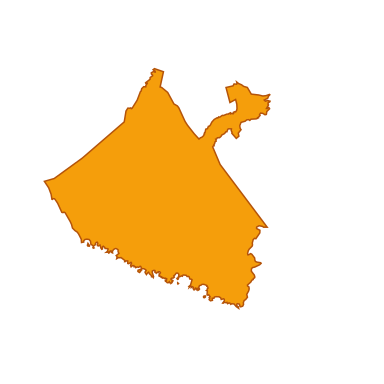 outline of Santa María Huatulco, Oaxaca, Mexico, rotated 55°
{"feature_id": "50627088B35092187555669", "entity_name": "Santa María Huatulco", "entity_type": "district", "adm_level": 2, "iso_a3": "MEX", "parent_name": "Mexico", "parent_adm1": "Oaxaca", "projection": "robinson", "projection_center": [-96.169, 15.822], "detail": "fine", "context": "isolated", "style": "filled", "palette": "amber", "viewbox_px": 384, "rotation_deg": 55, "n_neighbors": 0, "source": "geoboundaries", "source_scale": "gbopen_adm2", "svg_char_len": 6097}
<svg xmlns="http://www.w3.org/2000/svg" viewBox="0 0 384 384"><g transform="rotate(55 192 192)"><path d="M156.5,72.6L155.5,76.2L154.0,78.9L150.8,81.7L145.8,87.3L138.1,86.7L135.1,89.1L132.6,89.9L129.9,91.6L127.5,92.3L128.8,92.8L129.3,93.6L127.6,95.6L128.6,97.5L125.9,104.2L140.5,109.6L141.2,103.2L145.9,105.0L149.5,107.3L150.7,108.6L151.4,110.3L150.8,110.8L150.5,112.3L151.2,112.5L151.5,113.6L150.6,114.0L149.9,116.3L149.7,115.0L149.2,115.0L148.9,116.9L149.1,117.4L148.2,118.7L147.4,122.3L146.6,123.2L146.6,126.1L146.4,126.7L145.8,127.0L146.2,128.4L145.6,128.8L145.3,132.2L146.1,135.6L147.8,138.8L148.0,140.1L147.6,140.9L149.0,143.0L148.4,144.7L150.6,147.0L150.5,147.6L151.6,148.4L151.4,148.8L152.5,150.0L152.8,152.5L152.4,154.0L152.6,155.9L145.6,156.8L134.6,157.4L130.1,157.2L115.4,154.5L113.1,154.6L109.5,156.3L96.5,154.8L88.9,156.9L87.7,157.9L77.1,146.4L69.4,152.0L69.5,153.7L71.9,152.9L72.7,153.3L72.5,153.7L71.3,153.9L71.0,157.0L72.1,157.6L73.4,157.2L74.2,157.6L74.2,160.6L75.6,161.7L75.9,167.4L76.4,167.5L76.9,166.2L77.4,166.3L78.1,168.5L79.3,169.5L78.0,171.2L78.5,174.0L80.1,175.7L80.2,176.7L85.3,184.2L89.1,193.1L88.9,193.9L88.0,193.9L87.6,195.1L86.5,196.4L87.8,199.6L95.7,207.3L101.3,262.4L101.9,297.2L98.6,306.8L106.4,307.0L113.0,308.7L117.6,310.9L118.0,310.6L117.7,309.7L118.6,308.6L119.6,308.4L124.1,308.5L134.0,310.3L134.9,309.5L135.1,308.4L136.2,307.8L146.2,308.7L149.5,309.3L153.0,310.6L156.5,310.0L159.1,309.0L161.5,309.0L167.1,309.8L170.0,311.5L170.9,309.4L169.9,308.7L169.5,307.0L170.3,305.2L171.9,303.5L174.1,303.4L176.8,304.8L179.9,303.6L179.7,301.3L178.7,300.5L178.4,299.2L178.9,298.3L180.1,298.6L180.9,299.8L181.7,300.2L182.5,299.6L182.7,297.8L185.7,298.8L187.2,298.8L187.3,298.1L185.5,296.7L185.5,295.8L187.4,295.3L188.4,295.6L190.2,293.4L190.8,293.6L192.1,295.4L192.2,296.8L193.2,295.2L194.3,295.2L194.3,294.5L193.4,294.3L193.7,292.1L194.5,292.0L195.1,292.7L196.3,292.0L195.1,291.4L194.2,289.5L194.2,287.9L194.6,286.8L195.3,286.3L197.0,285.7L198.5,286.8L200.4,287.1L200.6,290.6L202.1,290.5L203.4,291.9L203.6,289.9L204.7,288.6L204.9,287.8L209.6,286.3L210.4,287.1L210.8,286.3L210.6,285.6L211.5,284.2L213.7,285.6L214.4,285.0L214.6,282.3L215.6,282.3L216.8,284.4L218.4,284.8L218.2,282.8L219.0,281.8L220.0,282.4L220.7,281.3L221.7,281.5L222.0,279.9L223.1,278.9L223.1,277.1L223.5,276.7L225.8,277.2L227.3,275.4L229.1,274.5L230.1,274.6L230.3,275.8L231.0,276.6L233.5,276.7L232.7,274.4L232.8,273.5L234.5,273.8L237.2,273.2L238.2,273.8L239.0,272.8L239.9,272.8L239.3,272.0L235.0,270.7L234.0,269.9L234.2,268.4L234.9,267.5L235.6,267.5L236.2,268.4L237.9,267.9L237.6,267.5L238.0,267.1L237.9,266.5L238.5,266.0L238.1,265.9L238.1,265.1L238.8,264.2L240.1,264.2L241.0,266.6L241.9,267.2L242.4,266.9L242.0,266.5L244.0,266.2L243.7,265.8L244.0,265.5L245.6,265.5L245.7,264.8L247.0,264.2L247.1,263.4L248.2,262.7L248.3,263.2L248.9,262.8L249.8,263.7L248.9,265.3L249.4,264.6L249.8,264.8L249.9,264.2L250.3,264.6L252.1,264.3L252.7,263.5L252.5,262.1L253.4,262.4L254.4,261.5L254.8,261.7L254.8,260.6L254.6,260.1L254.0,260.0L254.1,259.0L253.6,258.4L251.7,259.4L251.1,259.0L251.0,257.9L251.7,256.8L251.6,255.3L250.2,255.1L250.1,253.4L249.4,251.5L250.3,250.2L251.8,250.0L253.0,250.8L254.2,252.7L254.1,253.9L255.3,254.0L255.5,253.5L253.9,251.0L254.6,250.0L254.6,248.8L255.5,248.2L254.9,247.2L255.0,246.7L256.9,244.5L258.4,244.5L259.2,243.2L259.9,243.0L262.0,243.7L263.3,242.4L263.9,242.3L267.4,246.6L267.6,248.7L268.2,248.4L268.5,248.8L268.3,247.1L269.1,246.7L269.8,247.3L269.8,246.0L270.3,245.7L271.0,245.7L271.7,246.5L273.4,246.5L273.5,245.5L272.7,244.7L272.8,244.1L273.6,244.1L273.9,243.2L274.9,244.2L275.3,243.8L275.1,242.4L276.0,243.2L276.1,242.6L275.8,241.5L274.0,241.2L273.0,239.6L273.5,238.0L273.4,236.7L274.6,235.1L277.2,233.4L277.8,234.0L278.6,233.6L279.9,233.9L280.1,235.1L281.1,235.9L281.0,236.6L281.9,236.2L284.9,238.7L285.6,238.2L285.7,237.3L288.1,237.2L288.4,238.5L289.2,238.3L290.0,239.7L291.7,239.3L292.5,237.4L290.7,236.4L291.6,234.9L290.9,233.9L291.5,232.4L293.3,230.0L295.1,229.2L296.8,229.7L297.5,227.5L298.4,227.1L299.7,227.9L300.6,230.6L301.0,230.2L300.9,228.9L302.3,227.5L302.4,226.7L303.9,226.9L304.1,225.4L304.7,224.7L306.3,224.7L306.3,223.6L307.8,221.8L311.2,221.5L314.0,220.5L312.7,219.9L310.6,220.6L309.5,219.5L309.6,218.7L311.1,217.5L313.3,218.3L314.0,218.0L314.6,216.0L313.7,214.3L312.1,213.4L310.8,211.5L310.9,209.8L310.0,206.9L307.3,205.9L305.5,202.3L304.2,200.8L302.4,199.8L300.9,200.4L300.0,199.9L299.5,195.5L298.6,193.6L298.8,192.1L298.1,191.4L298.2,190.0L297.7,189.3L295.8,188.6L290.9,188.8L289.1,187.4L288.6,185.9L289.5,183.7L290.4,178.4L290.1,176.3L289.3,176.3L286.6,179.1L285.3,179.8L284.1,179.7L281.9,178.5L277.3,178.7L276.1,179.3L275.9,181.7L275.4,182.3L274.1,181.6L272.4,179.6L271.6,177.9L270.9,173.9L270.1,172.8L268.4,171.9L266.1,169.2L265.8,167.4L266.9,166.5L264.4,159.9L262.3,158.3L259.3,159.9L258.6,159.9L257.8,159.1L258.1,156.4L260.6,154.0L261.8,153.6L263.9,150.6L185.6,153.2L166.9,149.2L166.4,147.7L166.7,147.3L165.8,147.0L165.5,145.9L164.1,144.3L164.2,143.0L162.3,142.3L162.7,141.6L162.1,140.1L163.3,138.3L163.1,136.4L162.4,134.9L162.8,131.8L162.1,129.7L162.7,128.9L161.2,126.8L161.2,125.8L162.9,123.5L164.2,124.7L165.9,124.9L166.8,125.7L173.5,125.0L173.2,121.6L170.3,120.3L169.1,116.1L167.4,116.0L165.1,114.9L163.1,111.9L164.5,107.9L164.3,105.8L165.2,104.1L166.5,103.6L166.2,101.9L168.9,97.5L169.2,96.3L168.7,95.7L169.4,95.0L168.7,94.2L168.4,92.4L167.4,92.3L166.7,90.6L168.2,88.9L170.6,87.9L171.1,86.6L169.0,84.6L168.3,80.7L167.0,80.6L166.7,80.9L166.7,82.6L166.3,83.1L164.6,79.4L164.0,79.5L162.5,78.4L162.8,76.7L162.4,76.0L160.4,77.6L159.7,79.8L158.1,80.1L158.6,76.1L157.4,74.4L157.0,72.5L156.5,72.6ZM226.1,281.9L227.8,281.2L227.6,279.7L227.0,279.2L227.0,278.0L226.0,277.9L225.1,281.1L226.1,281.9ZM176.3,308.4L177.5,307.3L177.3,306.7L174.4,306.7L175.6,308.2L176.3,308.4ZM285.6,241.1L284.3,240.4L284.8,241.1L284.1,241.9L284.3,242.6L285.1,243.0L285.7,242.5L285.8,241.7L285.6,241.1ZM181.4,305.1L181.6,304.3L180.7,304.4L180.5,304.9L181.4,305.1ZM259.3,256.3L259.2,255.5L258.2,255.8L258.9,256.3L259.3,256.3Z" fill="#f59e0b" stroke="#b45309" stroke-width="1.5"/></g></svg>